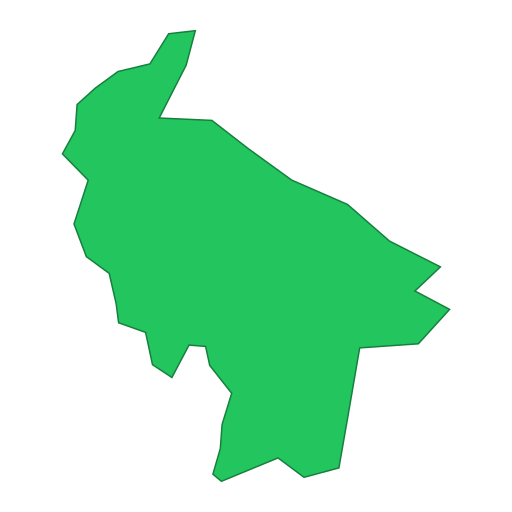 outline of Buvayda, Ferghana, Uzbekistan
{"feature_id": "79887680B35623710055833", "entity_name": "Buvayda", "entity_type": "district", "adm_level": 2, "iso_a3": "UZB", "parent_name": "Uzbekistan", "parent_adm1": "Ferghana", "projection": "equal_earth", "projection_center": [71.095, 40.647], "detail": "fine", "context": "isolated", "style": "filled", "palette": "green", "viewbox_px": 512, "rotation_deg": 0, "n_neighbors": 0, "source": "geoboundaries", "source_scale": "gbopen_adm2", "svg_char_len": 623}
<svg xmlns="http://www.w3.org/2000/svg" viewBox="0 0 512 512"><path d="M449.6,309.4L414.9,291.0L440.4,266.9L389.5,241.1L347.6,204.5L291.7,180.1L247.8,148.3L211.9,120.4L159.2,118.0L186.2,65.1L195.3,30.7L168.7,33.7L149.9,63.9L118.0,71.5L95.3,88.1L77.1,104.5L75.2,130.5L62.4,153.9L88.2,180.2L74.0,224.0L86.4,256.7L109.2,273.4L116.2,303.9L118.6,322.8L145.6,332.4L152.5,364.7L171.9,377.5L189.0,345.1L205.6,346.4L209.7,365.4L231.7,393.3L222.1,424.4L220.3,448.6L212.9,474.2L221.4,481.3L278.0,457.9L304.0,477.3L338.9,467.9L347.9,416.4L359.7,347.9L418.3,343.8L449.6,309.4Z" fill="#22c55e" stroke="#15803d" stroke-width="1.5"/></svg>